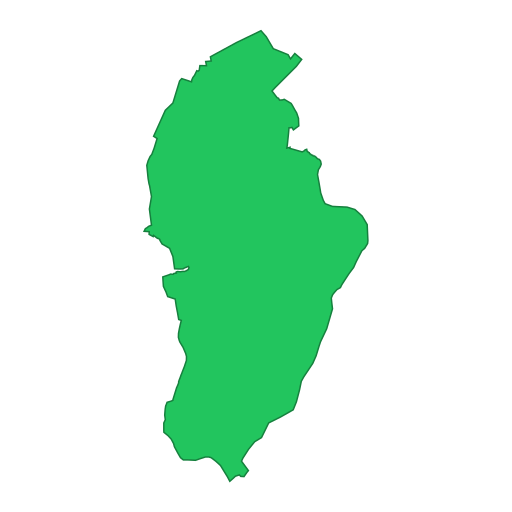 the district of Kaduna North, Kaduna, Nigeria
{"feature_id": "59680162B72659245241320", "entity_name": "Kaduna North", "entity_type": "district", "adm_level": 2, "iso_a3": "NGA", "parent_name": "Nigeria", "parent_adm1": "Kaduna", "projection": "natural_earth1", "projection_center": [7.443, 10.553], "detail": "fine", "context": "isolated", "style": "filled", "palette": "green", "viewbox_px": 512, "rotation_deg": 0, "n_neighbors": 0, "source": "geoboundaries", "source_scale": "gbopen_adm2", "svg_char_len": 3484}
<svg xmlns="http://www.w3.org/2000/svg" viewBox="0 0 512 512"><path d="M229.8,481.3L233.3,478.2L235.4,476.2L239.4,474.9L240.7,476.4L244.0,476.6L245.3,474.7L246.9,472.4L248.4,470.6L241.5,461.2L242.9,458.1L248.6,449.2L254.7,441.7L261.5,437.6L268.7,422.9L280.7,416.9L293.2,409.8L296.4,401.8L299.5,390.0L301.3,381.3L303.8,376.8L312.8,363.3L316.1,355.8L319.0,346.3L320.5,341.8L324.0,334.4L326.7,328.7L332.5,308.8L331.8,303.1L331.3,298.0L332.7,294.6L334.7,292.1L336.9,289.6L340.4,287.6L341.8,284.7L344.5,280.5L348.7,274.1L349.4,273.1L351.8,269.9L353.6,267.5L355.7,262.8L356.4,261.3L361.9,250.7L364.7,248.3L367.6,243.5L367.9,240.7L367.4,229.3L367.2,224.6L366.9,224.1L362.1,216.0L354.9,209.5L347.0,207.1L338.2,206.7L332.4,206.4L325.1,203.7L323.3,200.4L320.7,192.9L320.4,190.9L319.0,182.7L317.5,174.5L318.4,169.7L320.3,166.6L321.2,164.1L320.7,161.6L320.6,161.1L320.2,160.6L319.8,160.2L319.5,159.5L318.1,159.0L317.4,158.7L316.9,158.2L316.4,157.4L315.4,156.8L315.1,156.5L314.9,156.2L314.5,156.0L314.2,156.0L313.3,156.0L312.9,155.7L312.8,155.3L312.4,155.2L311.9,155.0L311.5,155.0L311.2,154.7L310.5,154.0L309.8,153.8L309.3,152.7L309.0,152.7L307.8,151.7L307.4,151.7L307.2,151.4L306.7,149.3L305.0,149.9L304.5,150.6L303.0,151.5L302.2,151.9L292.8,149.2L289.8,148.4L290.0,147.3L286.8,148.1L287.3,145.2L288.5,133.6L289.0,127.8L290.4,127.8L291.9,127.4L293.4,129.9L295.0,128.7L296.9,127.3L298.8,125.9L298.6,121.7L298.5,118.4L296.7,113.0L294.6,109.5L292.2,105.1L291.1,103.4L284.2,99.3L282.6,99.9L279.5,100.1L278.5,98.2L278.3,98.2L277.1,97.7L272.0,91.0L275.2,87.5L296.4,66.3L301.7,59.4L294.8,53.5L290.5,58.9L288.1,54.7L273.3,48.7L266.3,36.8L261.0,30.7L236.4,42.6L213.1,55.3L210.4,56.8L211.2,61.0L205.7,61.5L206.5,65.7L199.9,65.6L199.2,70.3L198.1,71.2L196.8,70.7L194.5,75.4L193.1,77.2L192.7,77.9L191.9,79.7L191.5,81.8L181.7,78.6L179.6,81.0L172.9,103.0L165.3,110.3L153.6,136.3L157.1,138.5L154.1,148.3L151.8,154.4L150.1,156.5L148.2,160.6L146.8,165.3L148.1,178.5L149.0,183.7L149.6,185.8L151.5,196.6L149.4,209.0L151.5,225.2L148.7,226.3L146.7,227.9L145.4,228.6L145.1,229.2L144.1,231.3L149.2,231.7L149.1,234.4L153.2,236.6L153.6,235.4L157.5,238.4L158.0,238.3L159.8,239.4L159.9,240.3L162.1,244.0L169.6,248.3L172.9,256.5L174.6,268.8L179.4,269.0L183.0,268.9L184.4,268.0L188.4,266.4L189.0,267.5L188.4,269.3L188.4,269.5L186.0,270.9L184.5,271.5L183.0,271.4L182.0,271.5L180.4,271.8L177.6,271.5L176.2,272.0L176.0,272.5L176.3,273.1L173.8,273.5L173.2,274.3L170.5,274.1L169.0,274.8L162.8,276.9L163.0,280.4L163.4,286.3L165.2,290.3L165.9,291.7L167.7,296.6L168.4,296.8L169.8,297.3L173.8,298.6L174.8,298.9L175.2,299.0L175.8,303.1L176.2,305.8L177.3,311.6L177.4,312.0L178.7,319.5L181.3,320.4L180.4,324.0L179.8,326.7L179.4,328.5L178.5,333.4L178.4,337.0L178.4,337.4L179.3,340.6L179.9,342.1L183.1,347.4L185.7,353.5L186.5,356.5L186.4,360.5L184.8,365.3L184.5,366.3L183.7,368.3L183.4,369.1L182.3,371.9L181.8,373.3L180.9,375.4L180.8,375.8L179.7,378.8L179.5,379.2L178.6,381.8L178.6,382.3L178.7,382.8L177.3,386.2L176.8,387.3L176.7,387.4L173.0,399.4L172.9,400.3L171.5,401.0L167.1,402.3L166.5,403.9L166.0,405.2L165.8,405.6L165.6,406.3L165.4,407.8L165.3,408.3L165.0,411.2L165.0,411.5L164.7,415.2L164.8,415.8L165.3,419.7L163.8,423.0L163.8,430.5L163.9,432.3L165.5,433.6L168.1,435.7L171.2,439.1L173.6,443.6L174.4,446.7L177.9,453.2L180.5,457.7L183.3,459.9L187.5,459.9L191.8,460.1L195.5,460.3L200.7,458.5L205.4,457.0L208.8,457.0L211.2,457.7L215.8,461.2L220.5,465.5L227.5,476.9L229.8,481.3Z" fill="#22c55e" stroke="#15803d" stroke-width="1.5"/></svg>